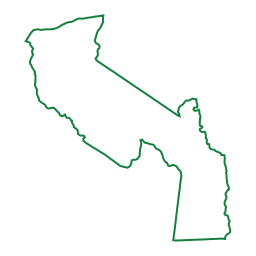 Muricilândia, Tocantins, Brazil
{"feature_id": "56859067B66713354403020", "entity_name": "Muricilândia", "entity_type": "district", "adm_level": 2, "iso_a3": "BRA", "parent_name": "Brazil", "parent_adm1": "Tocantins", "projection": "albers", "projection_center": [-48.769, -7.015], "detail": "fine", "context": "isolated", "style": "outline", "palette": "green", "viewbox_px": 256, "rotation_deg": 0, "n_neighbors": 0, "source": "geoboundaries", "source_scale": "gbopen_adm2", "svg_char_len": 4440}
<svg xmlns="http://www.w3.org/2000/svg" viewBox="0 0 256 256"><path d="M25.7,41.2L27.4,41.7L28.9,42.2L30.3,43.3L30.3,45.2L31.3,46.4L32.5,47.6L33.2,48.8L32.1,50.6L32.1,52.7L33.1,54.3L32.3,56.1L31.4,57.8L30.7,59.6L30.1,61.4L29.9,62.6L30.4,64.0L31.3,65.2L31.9,66.9L32.5,68.0L33.5,69.6L34.4,71.0L35.2,72.3L34.6,73.8L35.5,75.6L35.5,78.2L35.4,79.9L35.4,82.2L34.9,84.0L34.9,85.3L35.4,86.4L36.1,87.9L36.9,89.4L36.8,91.4L36.9,93.3L37.2,95.0L38.1,97.0L38.9,98.8L38.9,100.3L39.9,101.3L41.2,102.2L42.2,103.1L43.4,103.6L44.9,104.7L46.0,106.5L47.1,108.0L48.8,108.5L50.8,108.1L53.1,107.7L54.4,108.2L55.2,109.2L56.5,110.5L57.7,111.8L59.1,113.2L60.2,115.3L62.0,116.3L63.5,115.6L65.0,114.6L65.4,115.7L65.9,116.8L66.7,117.8L68.1,117.8L69.3,118.1L70.3,118.9L70.8,120.2L72.0,120.8L71.8,122.4L72.9,124.1L73.7,125.7L73.7,126.9L74.8,127.9L75.9,128.5L76.8,129.4L77.7,130.5L77.9,132.1L78.1,134.0L79.4,134.9L80.5,135.6L82.1,135.5L83.5,135.6L84.5,136.3L84.8,137.6L83.5,138.2L83.3,139.6L83.7,141.1L86.3,143.1L87.8,144.1L89.6,145.2L92.4,147.0L93.9,147.9L95.4,148.8L96.5,149.5L97.7,150.2L100.4,151.9L102.3,153.0L104.5,154.4L105.9,155.3L107.2,156.3L108.3,157.1L109.8,158.3L111.1,159.2L112.9,160.5L115.8,162.7L119.9,165.7L121.6,166.3L127.4,167.7L129.1,166.8L130.5,165.4L131.3,163.4L131.5,161.7L131.6,160.4L133.1,159.9L134.7,159.8L136.0,159.6L137.4,158.8L138.7,157.3L139.8,155.5L139.7,153.1L140.0,151.1L140.1,149.6L140.3,148.1L140.8,146.7L141.1,145.5L141.3,143.7L141.0,141.7L140.4,140.2L141.8,139.6L142.9,140.5L143.9,141.7L145.4,142.9L147.0,143.1L148.2,143.4L149.3,143.9L151.2,144.4L152.9,144.6L154.3,145.4L155.0,147.0L155.8,148.3L157.2,149.2L158.7,149.6L159.9,150.6L160.9,151.6L161.7,153.3L162.4,155.1L162.7,156.3L163.3,158.6L165.0,161.5L166.0,162.4L167.1,163.0L167.7,164.3L168.2,165.7L169.9,166.1L172.0,165.2L173.7,165.0L175.0,165.6L176.2,166.2L177.2,167.3L178.2,169.1L179.6,170.2L180.6,171.5L181.0,173.1L181.2,174.5L181.4,176.1L181.1,177.6L180.6,180.8L180.4,182.3L180.1,184.7L179.8,187.7L179.5,189.9L179.2,192.0L179.0,194.3L177.2,208.3L175.1,226.2L174.7,229.3L173.9,235.6L173.2,240.0L175.5,240.6L177.1,240.5L200.7,239.5L202.2,239.5L206.5,239.3L207.7,239.2L215.2,238.9L216.5,238.8L222.2,238.6L225.0,239.0L225.1,237.4L225.6,236.3L226.5,234.9L227.8,233.9L229.2,233.2L230.3,231.9L230.2,230.3L229.7,228.5L229.5,226.6L228.8,225.3L228.5,224.0L229.2,222.8L229.7,221.0L228.8,220.0L228.4,218.4L228.3,217.0L227.8,215.9L226.3,215.1L224.8,214.6L224.4,213.2L225.4,211.9L225.6,209.9L225.7,208.1L226.0,206.7L224.9,205.0L224.5,203.4L224.7,202.0L225.2,200.8L226.0,199.0L226.6,197.2L226.0,195.8L225.6,194.6L225.6,193.3L226.7,191.8L227.5,190.2L228.9,189.5L228.8,188.0L228.3,186.2L227.5,184.2L227.1,182.6L227.0,181.3L227.0,180.1L226.6,178.9L226.6,176.7L226.5,174.6L226.0,172.6L226.7,171.3L226.2,169.5L226.0,167.7L225.5,166.1L225.0,164.2L224.5,162.8L224.6,161.3L224.7,159.6L224.8,158.1L224.5,156.5L224.3,155.1L222.8,155.0L221.4,155.0L220.8,153.5L219.3,152.5L217.4,151.8L215.7,151.2L214.3,149.7L212.1,149.5L210.5,149.0L209.5,147.4L209.4,145.6L209.1,144.1L207.3,144.0L206.7,142.5L206.8,141.1L206.8,139.2L205.7,138.0L205.9,136.4L205.7,134.5L205.3,132.9L204.7,131.7L203.2,132.0L201.9,131.9L200.5,131.2L199.8,130.2L200.0,129.0L201.2,128.3L202.3,127.4L201.9,126.2L200.0,125.7L199.8,123.8L199.7,122.2L200.0,120.4L200.0,118.6L200.5,116.7L200.0,114.9L199.3,113.4L199.4,111.3L198.8,109.7L197.1,110.5L195.8,110.8L194.4,110.6L193.4,109.3L194.1,107.7L195.7,107.5L197.2,107.4L197.4,105.5L197.0,103.6L196.4,101.5L196.4,99.3L194.7,99.1L192.5,98.6L190.6,99.7L189.1,100.5L187.4,100.5L186.0,100.6L185.1,101.6L184.0,102.8L183.3,104.1L181.7,105.1L180.6,105.9L179.6,106.8L178.9,108.2L178.5,109.7L178.1,112.1L178.9,113.6L179.4,114.7L179.6,116.2L177.8,115.4L175.8,114.1L169.2,109.6L160.8,103.9L157.4,101.6L152.0,97.9L139.1,89.2L137.0,87.8L118.1,75.0L115.0,72.8L111.7,70.6L108.6,68.6L96.9,60.7L95.9,59.5L95.7,58.2L96.6,57.3L97.4,56.2L97.8,54.8L97.9,53.1L97.4,51.0L98.2,49.1L99.5,47.9L99.4,45.7L98.7,44.6L97.6,44.0L96.4,43.4L95.3,42.0L94.8,40.4L95.4,38.7L95.8,37.1L96.2,35.4L96.9,33.9L97.2,32.5L98.0,30.6L99.4,29.0L100.6,27.3L101.3,25.9L101.8,24.8L102.4,23.3L103.2,22.0L102.8,20.4L103.2,19.0L102.8,17.1L103.3,15.4L97.8,16.3L95.3,16.5L93.1,17.1L88.8,17.6L82.7,18.7L79.2,18.5L77.3,18.9L73.0,21.3L71.1,21.9L69.1,22.1L66.5,22.8L63.8,24.1L62.3,24.8L58.6,27.1L56.4,28.2L53.0,29.0L50.7,29.3L44.8,29.4L41.0,29.9L37.4,29.3L33.6,30.1L31.0,32.8L29.1,35.8L28.1,37.5L25.7,41.2Z" fill="none" stroke="#15803d" stroke-width="2"/></svg>